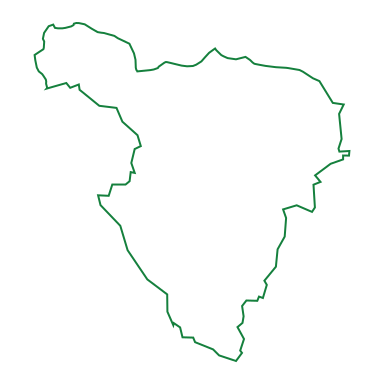 the district of Lipkovo, Lipkovo, North Macedonia
{"feature_id": "65306769B52717367250393", "entity_name": "Lipkovo", "entity_type": "district", "adm_level": 2, "iso_a3": "MKD", "parent_name": "North Macedonia", "parent_adm1": "Lipkovo", "projection": "natural_earth1", "projection_center": [21.557, 42.166], "detail": "fine", "context": "isolated", "style": "outline", "palette": "green", "viewbox_px": 384, "rotation_deg": 0, "n_neighbors": 0, "source": "geoboundaries", "source_scale": "gbopen_adm2", "svg_char_len": 1815}
<svg xmlns="http://www.w3.org/2000/svg" viewBox="0 0 384 384"><path d="M319.4,81.1L313.0,78.3L302.9,71.7L299.5,70.0L288.4,68.1L286.1,67.8L276.0,67.2L265.5,65.9L259.5,64.8L254.9,63.9L254.1,63.6L252.5,62.4L250.6,60.5L249.8,59.8L245.5,56.9L236.0,59.3L227.6,58.1L223.8,56.4L222.6,55.8L221.2,55.0L216.2,50.1L215.1,48.5L214.5,48.9L209.1,52.8L204.9,57.4L201.4,61.4L196.2,64.7L192.9,66.0L187.1,66.3L181.6,65.6L174.5,63.9L170.8,63.0L167.4,62.2L165.9,62.0L164.5,62.6L158.7,66.7L157.9,68.0L157.1,68.3L153.7,69.5L150.3,70.1L137.3,71.4L137.0,70.7L136.3,69.8L135.8,67.8L135.5,59.8L134.0,53.4L129.4,43.7L117.8,38.2L114.4,35.9L103.9,33.0L101.2,32.7L97.6,32.1L91.7,28.7L84.7,24.3L79.0,23.1L76.3,23.0L73.9,23.7L73.5,25.1L71.2,26.4L65.3,27.9L62.5,28.3L57.8,28.3L55.0,27.9L53.2,24.6L48.7,26.2L44.1,32.9L42.9,38.8L44.2,41.5L43.8,47.8L43.4,49.2L39.4,51.8L34.6,55.0L35.3,60.2L36.8,67.6L38.8,71.4L42.2,74.1L43.4,75.8L45.8,79.5L46.2,81.3L46.1,83.8L47.2,87.9L46.6,88.6L66.3,83.0L70.2,87.8L78.8,84.5L79.6,89.8L99.3,105.8L116.5,107.9L122.4,121.7L137.5,135.2L140.8,146.1L134.7,149.0L131.3,163.0L134.7,172.9L130.7,172.1L129.6,181.2L125.6,184.5L112.3,184.5L108.7,195.8L98.1,195.3L100.5,205.1L120.3,225.8L127.6,250.2L147.3,279.4L167.2,294.4L167.4,311.7L173.3,325.2L173.8,323.1L180.1,327.4L182.5,337.3L193.2,337.6L195.1,342.2L213.1,349.4L219.1,355.4L236.0,361.0L242.0,352.9L240.2,350.6L244.0,339.0L237.5,327.1L242.5,322.9L243.6,316.3L242.1,306.0L246.4,300.5L257.3,300.8L259.0,296.6L262.9,298.0L266.8,284.9L264.4,280.7L275.9,266.7L277.6,249.3L284.7,236.6L286.1,218.0L283.1,209.4L296.7,205.3L312.0,211.9L314.9,207.5L313.5,184.7L320.5,181.9L315.1,175.4L330.6,163.8L343.1,159.4L343.1,155.5L349.0,155.6L349.4,151.0L339.4,151.6L338.5,148.6L341.6,139.0L339.1,113.9L343.7,104.5L332.8,102.9L319.4,81.1Z" fill="none" stroke="#15803d" stroke-width="2"/></svg>